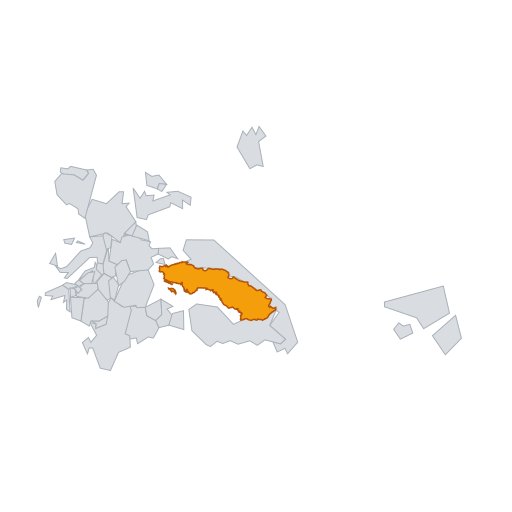 Europe, with Sweden highlighted, rotated 96°
{"feature_id": "SWE", "entity_name": "Sweden", "entity_type": "country or territory", "adm_level": 0, "iso_a3": "SWE", "parent_name": "Europe", "parent_adm1": "", "projection": "mercator", "projection_center": [17.555, 62.192], "detail": "fine", "context": "in_parent", "style": "filled", "palette": "amber", "viewbox_px": 512, "rotation_deg": 96, "n_neighbors": 37, "source": "natural_earth", "source_scale": "50m", "svg_char_len": 13254}
<svg xmlns="http://www.w3.org/2000/svg" viewBox="0 0 512 512"><g transform="rotate(96 256 256)"><path d="M266.3,66.6L292.6,57.6L310.8,81.7L300.7,89.8L293.1,122.8L288.3,123.5L266.3,66.6ZM349.2,224.9L339.1,230.5L340.8,222.5L335.7,217.9L323.6,235.1L309.6,227.1L304.2,237.8L296.6,236.0L278.8,274.4L278.9,281.3L274.9,281.1L272.3,289.6L273.8,315.0L268.7,325.0L266.0,320.2L258.0,329.1L247.2,327.0L244.5,299.6L301.4,221.9L337.4,205.5L349.9,214.4L344.8,217.6L349.2,224.9ZM334.4,57.4L316.8,72.2L294.1,51.3L316.4,43.1L334.4,57.4ZM323.6,103.7L314.6,111.4L307.6,107.0L310.3,102.1L307.9,95.9L316.2,92.0L323.6,103.7Z" fill="#d9dde1" stroke="#a8b0b8" stroke-width="1"/><path d="M234.5,379.1L256.9,392.4L248.6,406.1L254.3,423.4L231.8,430.8L216.8,424.9L219.6,410.2L206.4,398.8L206.0,394.4L217.9,394.7L216.7,387.7L220.5,390.4L234.5,379.1ZM259.6,434.9L262.1,427.1L261.4,436.0L259.6,434.9Z" fill="#d9dde1" stroke="#a8b0b8" stroke-width="1"/><path d="M337.4,345.0L348.3,349.5L347.8,354.7L355.6,364.6L350.0,366.5L351.9,372.9L347.0,378.0L318.8,376.3L318.6,360.8L326.8,358.3L330.7,349.0L337.4,345.0Z" fill="#d9dde1" stroke="#a8b0b8" stroke-width="1"/><path d="M364.9,412.3L370.9,413.4L360.3,419.6L354.6,414.2L359.1,411.2L351.5,406.2L339.5,414.3L340.2,407.8L344.8,407.9L339.4,397.8L324.2,400.1L313.0,396.0L320.4,383.7L318.8,376.3L322.9,374.3L347.0,378.0L348.5,373.3L359.8,371.4L366.2,382.7L385.1,388.8L383.8,399.2L364.7,408.7L364.9,412.3Z" fill="#d9dde1" stroke="#a8b0b8" stroke-width="1"/><path d="M318.6,360.8L319.9,369.0L317.5,370.4L320.8,381.9L315.8,392.3L289.3,383.7L280.9,367.1L281.1,361.9L295.1,354.4L318.6,360.8Z" fill="#d9dde1" stroke="#a8b0b8" stroke-width="1"/><path d="M292.5,397.8L288.6,406.3L283.1,407.8L262.5,403.9L276.3,401.7L279.0,393.3L290.6,393.8L292.5,397.8Z" fill="#d9dde1" stroke="#a8b0b8" stroke-width="1"/><path d="M313.0,396.0L315.5,399.3L308.7,408.5L298.5,411.7L289.4,405.4L292.5,397.8L313.0,396.0Z" fill="#d9dde1" stroke="#a8b0b8" stroke-width="1"/><path d="M331.2,397.2L339.4,397.8L344.8,407.9L340.2,407.8L337.7,413.3L337.2,405.6L331.2,397.2Z" fill="#d9dde1" stroke="#a8b0b8" stroke-width="1"/><path d="M337.7,413.3L343.2,414.4L339.0,423.3L316.5,422.6L305.5,409.6L317.2,398.0L331.2,397.2L337.2,405.6L337.7,413.3Z" fill="#d9dde1" stroke="#a8b0b8" stroke-width="1"/><path d="M330.7,349.0L326.8,358.3L318.6,360.8L308.9,346.0L324.1,343.6L330.7,349.0Z" fill="#d9dde1" stroke="#a8b0b8" stroke-width="1"/><path d="M333.9,335.5L337.4,345.0L330.7,349.0L324.1,343.6L308.9,346.0L314.8,333.4L318.0,338.9L325.4,331.8L333.9,335.5Z" fill="#d9dde1" stroke="#a8b0b8" stroke-width="1"/><path d="M336.7,320.1L333.9,335.5L321.9,333.1L318.0,322.4L336.7,320.1Z" fill="#d9dde1" stroke="#a8b0b8" stroke-width="1"/><path d="M281.1,361.9L284.7,379.3L273.5,384.7L279.0,393.3L276.3,401.7L254.4,400.8L256.9,392.4L251.1,391.3L248.7,385.5L248.4,374.5L251.9,372.1L252.9,362.3L257.0,363.5L259.7,360.1L258.6,353.6L264.2,353.5L268.3,360.2L274.6,357.0L281.1,361.9Z" fill="#d9dde1" stroke="#a8b0b8" stroke-width="1"/><path d="M315.3,420.4L316.5,422.6L339.0,423.3L336.7,432.6L316.5,436.2L315.3,420.4Z" fill="#d9dde1" stroke="#a8b0b8" stroke-width="1"/><path d="M329.9,467.1L323.6,468.9L318.7,467.2L319.5,465.1L329.9,467.1ZM308.7,438.8L331.1,435.0L328.9,438.9L319.5,439.6L322.3,442.6L315.2,441.9L320.8,455.3L317.1,454.0L317.3,461.5L314.6,461.6L305.2,445.2L308.7,438.8Z" fill="#d9dde1" stroke="#a8b0b8" stroke-width="1"/><path d="M308.7,438.8L305.2,445.2L302.3,441.9L303.6,428.9L308.7,438.8Z" fill="#d9dde1" stroke="#a8b0b8" stroke-width="1"/><path d="M290.9,407.4L302.2,414.7L287.6,417.1L298.4,430.0L288.7,424.4L284.2,415.6L279.2,415.3L290.9,407.4Z" fill="#d9dde1" stroke="#a8b0b8" stroke-width="1"/><path d="M262.9,401.4L266.0,407.5L253.6,411.6L248.6,408.7L251.4,401.3L262.9,401.4Z" fill="#d9dde1" stroke="#a8b0b8" stroke-width="1"/><path d="M247.6,385.8L249.2,389.7L247.2,389.2L247.6,385.8Z" fill="#d9dde1" stroke="#a8b0b8" stroke-width="1"/><path d="M249.1,381.3L247.2,389.2L234.5,379.1L244.4,377.0L249.1,381.3Z" fill="#d9dde1" stroke="#a8b0b8" stroke-width="1"/><path d="M252.1,363.8L249.1,381.3L237.7,377.8L243.3,366.4L252.1,363.8Z" fill="#d9dde1" stroke="#a8b0b8" stroke-width="1"/><path d="M188.2,433.3L191.3,431.1L198.8,436.0L194.4,445.2L196.2,453.2L192.9,459.5L188.7,459.3L189.0,452.2L186.2,449.8L188.2,433.3Z" fill="#d9dde1" stroke="#a8b0b8" stroke-width="1"/><path d="M194.5,458.1L194.4,445.2L198.8,436.0L191.3,431.1L188.2,433.3L186.8,427.0L192.4,423.1L236.4,430.1L232.8,436.8L227.7,437.9L223.3,446.9L224.9,449.8L215.8,460.3L202.9,463.9L194.5,458.1Z" fill="#d9dde1" stroke="#a8b0b8" stroke-width="1"/><path d="M199.6,361.1L197.2,371.9L184.4,374.7L187.7,367.9L185.6,361.1L194.1,352.4L194.1,359.8L199.6,361.1Z" fill="#d9dde1" stroke="#a8b0b8" stroke-width="1"/><path d="M266.3,405.1L279.8,407.4L280.3,412.7L273.9,413.9L274.9,421.2L298.1,441.4L297.8,444.3L292.1,440.9L292.8,449.0L287.3,454.0L289.0,448.6L286.2,443.0L269.3,430.7L265.3,422.1L260.1,419.6L254.3,423.4L251.9,410.4L266.3,405.1ZM274.3,455.6L286.7,452.4L285.0,460.5L274.3,455.6ZM257.2,438.3L263.8,440.6L263.2,447.5L259.8,448.9L257.2,438.3Z" fill="#d9dde1" stroke="#a8b0b8" stroke-width="1"/><path d="M264.2,353.5L258.6,353.6L256.9,342.4L266.9,333.6L265.5,339.8L268.2,342.9L264.2,353.5ZM274.0,345.5L272.9,354.7L268.7,350.8L268.2,347.8L274.0,345.5Z" fill="#d9dde1" stroke="#a8b0b8" stroke-width="1"/><path d="M199.6,361.1L194.1,359.8L194.1,352.4L201.7,356.4L199.6,361.1ZM212.0,364.3L204.2,347.8L202.0,351.2L199.8,340.6L204.3,326.7L212.4,326.7L208.1,334.9L216.6,333.9L211.9,346.4L216.1,346.9L226.3,367.5L231.2,368.7L230.2,378.2L201.3,385.3L210.7,377.3L203.3,373.6L207.5,371.6L206.1,363.7L212.0,364.3Z" fill="#d9dde1" stroke="#a8b0b8" stroke-width="1"/><path d="M166.2,258.2L165.3,264.6L169.8,271.2L149.6,286.3L133.1,282.1L137.1,278.0L128.4,273.4L135.3,268.8L126.9,266.5L135.7,258.7L141.9,265.4L166.2,258.2Z" fill="#d9dde1" stroke="#a8b0b8" stroke-width="1"/><path d="M279.8,407.4L289.4,405.4L290.9,407.4L285.9,413.5L279.4,413.2L279.8,407.4Z" fill="#d9dde1" stroke="#a8b0b8" stroke-width="1"/><path d="M340.8,222.5L338.5,238.3L344.7,245.4L341.0,253.2L345.6,264.6L342.9,272.9L346.5,279.8L344.9,285.8L350.8,291.9L349.3,296.3L337.0,311.9L316.2,317.2L309.9,310.1L310.8,289.0L326.3,271.3L318.9,258.8L318.8,242.9L307.2,230.1L323.6,235.1L335.7,217.9L340.8,222.5Z" fill="#d9dde1" stroke="#a8b0b8" stroke-width="1"/><path d="M314.9,392.0L312.2,396.6L296.0,400.0L292.1,395.7L298.8,389.5L314.9,392.0Z" fill="#d9dde1" stroke="#a8b0b8" stroke-width="1"/><path d="M284.7,379.3L294.8,384.1L300.0,389.5L281.9,395.2L274.6,389.1L273.5,384.7L284.7,379.3Z" fill="#d9dde1" stroke="#a8b0b8" stroke-width="1"/><path d="M298.9,429.1L290.4,421.4L288.4,414.7L302.1,416.8L302.5,424.1L298.9,429.1Z" fill="#d9dde1" stroke="#a8b0b8" stroke-width="1"/><path d="M314.2,430.9L316.5,436.2L307.1,437.5L307.7,432.4L314.2,430.9Z" fill="#d9dde1" stroke="#a8b0b8" stroke-width="1"/><path d="M299.9,410.8L305.5,409.6L315.5,418.4L314.9,430.1L311.0,431.3L307.9,425.7L305.7,428.2L301.5,424.3L299.9,410.8Z" fill="#d9dde1" stroke="#a8b0b8" stroke-width="1"/><path d="M304.9,429.4L302.1,433.3L298.4,430.0L301.5,424.3L304.9,429.4Z" fill="#d9dde1" stroke="#a8b0b8" stroke-width="1"/><path d="M307.0,433.4L304.9,429.4L307.2,426.0L311.8,428.9L307.0,433.4Z" fill="#d9dde1" stroke="#a8b0b8" stroke-width="1"/><path d="M270.1,323.6L270.4,324.6L270.7,324.7L271.1,324.4L271.4,323.7L271.7,321.6L271.3,319.5L271.3,319.2L271.9,318.4L272.3,317.0L272.5,316.8L273.2,316.6L273.7,316.2L274.5,315.1L274.6,314.0L274.6,313.5L274.8,313.1L274.9,312.3L274.8,311.5L274.3,310.4L273.8,308.7L273.7,307.8L274.4,307.5L275.3,307.4L275.7,306.4L275.9,306.0L276.0,305.4L276.1,304.9L275.6,304.1L274.9,303.3L274.5,303.0L273.2,301.8L273.7,298.0L273.8,296.9L273.0,294.3L273.1,293.2L273.0,291.4L273.4,290.7L273.1,289.9L272.6,288.1L273.4,286.3L273.3,285.4L273.8,284.7L275.2,282.3L275.7,281.7L276.5,281.3L277.4,281.0L277.8,281.0L280.4,281.6L280.6,281.3L281.1,280.1L281.2,279.3L281.1,278.1L280.9,277.4L279.2,276.3L281.0,272.9L282.0,270.8L282.3,269.9L282.5,269.5L282.8,266.2L283.0,265.3L283.1,264.8L283.1,264.3L282.8,261.5L284.8,261.1L286.1,260.2L286.5,259.7L286.3,257.9L286.8,257.2L288.1,255.0L289.6,252.9L290.2,252.1L290.3,251.1L290.0,250.1L289.1,248.3L289.4,247.4L290.4,246.9L290.9,246.1L291.7,243.3L293.3,241.9L293.9,241.1L296.3,242.6L297.1,240.8L297.3,240.0L297.2,238.8L297.2,237.1L297.3,236.5L298.1,236.1L299.7,236.8L300.8,236.9L304.1,238.3L304.5,238.3L305.6,237.0L304.5,236.3L305.2,235.6L305.6,234.9L305.9,234.0L306.0,232.9L306.0,232.4L305.1,231.0L307.1,230.8L308.2,231.5L308.3,231.6L308.3,232.3L309.4,233.2L309.7,233.6L310.3,234.3L310.5,234.7L311.1,235.1L312.7,236.6L313.4,237.0L314.1,237.2L315.8,238.0L316.1,238.2L317.1,239.4L317.4,240.7L318.0,240.8L318.1,241.2L318.6,242.0L319.2,242.7L319.2,242.9L318.7,243.5L318.6,244.4L318.7,245.4L318.8,246.3L318.8,246.5L318.5,247.3L318.5,247.9L318.6,248.0L319.3,248.1L319.6,248.3L319.8,249.3L319.7,249.5L319.3,249.9L319.2,250.3L319.2,250.8L319.2,251.3L319.4,252.0L320.5,253.9L320.6,254.6L320.4,255.0L320.3,255.7L320.2,256.5L320.1,257.0L319.8,257.7L319.5,257.9L319.4,258.3L319.4,258.9L319.5,260.2L319.6,260.6L319.7,260.8L320.3,261.3L320.9,262.8L321.3,264.6L320.2,264.9L319.4,264.4L319.0,264.6L318.4,264.7L317.6,264.8L317.3,265.2L317.1,265.3L316.4,264.8L315.7,264.0L315.2,264.6L314.8,264.8L314.5,264.2L314.3,264.1L314.1,264.3L314.0,264.8L313.8,265.2L313.8,265.4L313.7,266.4L313.7,266.7L313.0,266.5L313.1,266.8L313.3,267.1L313.0,267.3L312.3,267.3L312.3,267.5L312.5,267.9L312.3,268.2L312.2,268.3L311.4,268.5L310.9,268.5L310.8,269.0L311.0,269.4L311.1,269.5L311.1,269.9L310.9,270.0L310.4,269.3L310.4,269.7L310.7,270.1L310.8,270.4L311.0,270.9L311.0,271.2L310.4,272.3L309.4,273.6L309.2,274.2L309.8,275.0L310.2,276.7L310.7,277.4L310.5,278.2L309.7,279.0L308.7,280.1L307.7,282.9L307.4,283.3L306.5,283.8L306.1,284.2L305.5,284.8L304.3,285.3L303.8,285.9L303.5,286.6L303.3,286.6L302.6,286.2L302.6,286.9L302.1,286.5L301.8,286.9L301.6,287.6L300.8,288.6L299.9,288.4L299.8,288.6L300.0,288.7L300.1,288.9L299.7,289.0L299.3,289.1L299.1,289.1L298.8,290.1L298.0,290.4L297.9,290.7L298.6,290.8L298.5,291.6L297.6,292.0L297.5,292.4L297.3,292.6L296.9,292.6L297.0,292.2L296.4,292.2L296.2,291.7L296.1,291.8L296.2,292.2L296.5,293.2L296.4,293.5L296.2,293.7L296.3,293.9L296.6,294.0L296.8,294.2L296.4,294.4L296.0,295.1L295.5,295.1L295.2,295.5L294.9,295.5L294.7,295.2L294.3,295.0L294.1,295.4L294.1,295.7L294.3,296.5L294.8,297.1L295.2,297.4L294.9,297.6L294.7,298.0L294.1,300.5L294.3,301.6L294.5,302.1L294.0,302.0L293.4,301.7L293.5,302.3L293.1,303.0L293.3,304.0L293.2,304.6L293.3,304.8L293.4,305.2L293.3,305.5L293.5,307.9L293.4,308.2L293.7,309.4L293.6,310.3L294.1,310.8L294.8,310.7L295.0,310.9L295.3,311.6L295.6,311.6L296.1,311.3L296.4,311.2L296.7,311.8L297.3,312.7L297.6,313.0L298.2,313.2L298.9,313.9L298.8,314.7L299.0,315.0L299.8,315.3L300.4,316.4L300.6,317.3L300.5,317.9L299.5,318.7L298.9,319.4L298.2,320.0L297.7,320.4L297.5,320.6L297.3,320.5L296.5,321.0L296.5,321.3L297.2,321.4L297.5,321.3L297.7,321.0L298.0,320.9L298.2,321.0L298.7,320.7L298.9,320.8L299.1,321.3L298.6,321.6L298.3,321.6L298.1,322.4L297.8,323.0L297.0,323.4L296.5,323.8L295.9,324.2L295.7,324.1L295.3,324.5L294.4,325.0L294.0,325.6L293.0,326.1L292.5,326.5L291.2,326.6L289.9,326.5L289.5,326.7L289.9,326.7L290.2,326.9L290.5,326.8L291.8,327.1L292.3,327.8L291.9,328.0L291.2,328.2L291.7,329.9L291.4,330.3L291.4,332.2L291.0,332.2L290.8,332.9L291.0,333.3L290.9,334.2L291.0,334.8L291.2,335.3L291.1,335.8L290.5,337.0L290.5,337.6L290.6,337.9L290.7,338.5L290.2,340.4L290.0,341.1L289.5,342.0L289.2,342.6L288.6,344.7L288.3,345.1L287.9,345.4L287.5,345.1L287.1,344.9L286.6,344.9L285.9,345.2L284.8,345.0L283.7,345.1L283.4,345.3L283.6,346.0L283.2,346.1L282.8,345.9L282.2,346.4L281.6,347.1L281.4,347.5L281.4,348.2L281.7,348.9L281.9,349.6L281.3,350.6L280.9,350.6L279.8,350.3L277.9,350.9L276.1,350.4L276.3,350.0L276.3,349.6L276.5,348.4L276.5,348.1L276.3,347.6L275.9,347.1L274.9,345.3L274.6,344.5L274.4,344.2L274.6,344.1L275.4,344.6L275.8,344.4L275.5,343.8L275.3,343.5L275.2,343.1L275.7,343.0L276.0,343.0L276.2,342.5L276.1,341.8L275.4,341.5L274.9,340.3L274.2,339.7L273.2,337.3L272.8,335.7L272.4,335.8L272.1,334.4L272.1,333.9L271.5,333.7L271.4,331.7L270.7,331.5L270.3,330.6L270.3,328.9L269.9,328.6L269.5,328.7L269.6,328.3L269.6,327.9L269.4,326.3L269.4,324.9L269.2,324.5L269.1,323.9L269.2,323.5L269.3,323.2L269.7,323.2L270.1,323.6ZM300.9,332.8L300.6,332.9L300.4,333.5L299.9,333.7L299.8,335.4L300.3,336.0L300.0,336.1L299.8,336.3L299.6,336.6L299.4,337.2L298.8,337.5L298.5,337.8L298.2,338.3L298.0,339.2L297.6,339.5L297.2,339.6L297.5,338.9L297.8,338.4L297.5,338.0L297.3,337.4L297.0,337.0L297.2,336.5L297.1,335.7L297.2,334.9L297.8,334.1L298.2,333.4L298.8,332.8L299.5,332.6L299.9,332.8L300.0,332.3L300.2,332.2L300.5,332.3L300.9,332.8ZM290.7,344.2L290.5,344.5L290.3,344.5L290.2,344.0L290.2,342.8L290.3,342.1L291.1,339.9L291.5,339.7L292.1,338.3L292.2,337.7L292.5,337.1L292.6,336.6L292.7,336.4L293.1,336.6L292.8,336.9L292.8,337.5L292.1,339.1L292.0,340.2L291.7,340.4L290.7,344.2ZM301.3,332.1L301.2,332.6L300.8,332.2L301.2,331.7L301.8,331.7L302.0,331.8L301.3,332.1ZM299.0,320.2L298.9,320.4L298.8,320.1L298.9,319.7L299.1,319.6L299.4,319.7L299.0,320.2ZM298.3,323.6L298.0,323.7L298.2,323.2L298.6,323.0L298.3,323.6Z" fill="#f59e0b" stroke="#b45309" stroke-width="1.5"/></g></svg>